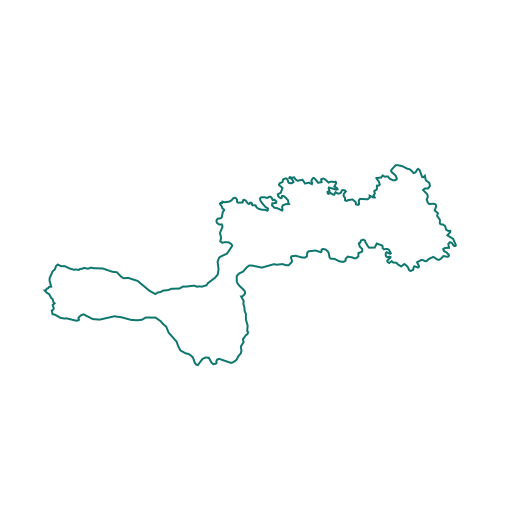 outline of La Llanada, Nariño, Colombia, rotated 125°
{"feature_id": "7082276B57596135767585", "entity_name": "La Llanada", "entity_type": "district", "adm_level": 2, "iso_a3": "COL", "parent_name": "Colombia", "parent_adm1": "Nariño", "projection": "equal_earth", "projection_center": [-77.729, 1.548], "detail": "fine", "context": "isolated", "style": "outline", "palette": "teal", "viewbox_px": 512, "rotation_deg": 125, "n_neighbors": 0, "source": "geoboundaries", "source_scale": "gbopen_adm2", "svg_char_len": 6145}
<svg xmlns="http://www.w3.org/2000/svg" viewBox="0 0 512 512"><g transform="rotate(125 256 256)"><path d="M420.4,389.2L419.4,387.2L418.8,380.6L417.0,376.9L415.8,375.5L412.0,366.0L410.4,364.4L409.5,364.7L408.7,365.9L407.4,365.9L404.8,365.3L402.7,363.8L401.3,353.5L397.8,347.6L386.6,337.4L383.5,331.4L379.9,321.5L376.6,316.2L373.6,312.8L369.7,311.1L364.1,303.0L364.1,296.7L365.0,293.4L365.4,289.0L368.9,283.6L371.8,271.7L374.4,268.2L376.7,263.7L376.1,257.7L374.9,255.2L374.9,251.6L375.4,249.3L378.6,244.9L379.3,242.5L378.7,241.1L371.0,240.8L368.0,239.0L366.4,236.3L368.9,231.3L369.0,228.7L367.3,227.2L366.2,227.0L365.0,228.1L363.2,228.4L361.4,227.2L357.9,215.2L356.2,213.8L352.3,212.4L347.9,213.0L344.6,212.6L341.9,213.6L339.4,216.1L338.0,216.6L333.8,216.7L331.7,218.9L326.7,218.9L324.9,218.2L323.1,218.7L322.3,220.3L317.7,223.0L313.9,227.8L309.3,231.0L307.7,233.6L304.7,236.1L302.5,238.9L299.8,240.4L297.7,244.9L297.1,244.1L294.8,243.5L292.5,243.6L291.0,245.6L289.9,252.6L289.1,255.2L287.9,257.1L283.4,260.3L280.0,259.8L276.1,257.6L270.2,257.0L267.7,256.1L266.1,253.8L262.2,244.6L252.4,236.6L251.4,234.2L247.3,229.5L246.6,226.6L244.9,224.0L240.6,223.2L239.3,223.8L237.0,226.7L235.8,226.7L233.1,223.7L230.7,217.2L229.1,214.9L227.2,214.1L223.8,215.9L222.1,215.7L217.3,210.3L215.8,205.1L214.8,204.9L213.2,205.9L212.0,205.4L210.8,202.9L210.9,200.3L212.1,197.8L214.9,195.1L215.4,193.4L213.3,189.9L212.6,184.7L210.8,181.1L208.6,179.9L207.1,180.9L204.0,180.6L202.1,176.7L201.3,173.7L200.4,172.8L197.8,171.9L194.8,173.8L192.1,171.8L190.7,171.9L189.3,173.2L188.8,176.3L186.7,179.0L185.8,178.9L185.2,178.2L183.1,178.9L181.0,177.5L180.9,175.4L181.8,174.5L183.8,170.1L184.3,168.1L181.0,163.6L176.5,164.2L175.0,158.4L176.9,156.7L177.1,155.0L175.1,152.8L174.7,151.6L174.8,150.4L176.4,147.1L177.4,147.5L177.9,151.1L179.1,151.4L181.1,150.1L181.8,148.7L181.5,147.5L179.9,146.2L179.7,145.2L180.3,144.9L184.4,145.9L185.2,145.2L185.5,143.8L185.2,142.8L182.4,141.9L182.7,139.9L181.0,137.1L181.5,135.0L181.3,131.1L177.5,129.9L177.6,126.8L178.4,124.5L179.7,122.7L179.7,120.8L177.1,119.3L174.6,120.5L173.5,120.4L172.6,116.8L172.1,116.3L170.7,116.8L168.8,120.5L164.8,118.5L163.7,117.2L163.2,114.6L162.4,113.3L159.4,112.8L155.0,110.2L154.9,105.5L154.3,104.0L152.4,103.0L148.6,102.5L146.8,98.7L145.7,98.0L144.5,98.5L143.8,101.9L144.1,105.1L142.9,106.6L140.9,105.7L138.6,102.6L135.8,105.4L133.5,105.1L132.9,103.3L133.9,100.8L134.1,99.2L133.4,98.4L132.4,98.6L128.9,104.4L129.3,111.1L125.2,110.6L124.0,111.2L124.1,111.8L125.2,112.9L125.4,114.5L125.2,115.7L123.3,117.7L122.9,118.8L123.0,120.9L123.9,122.5L124.0,124.0L120.9,126.1L119.2,130.7L116.6,131.6L116.2,135.7L111.9,136.9L110.9,138.1L110.8,139.1L111.3,140.4L114.1,144.0L113.7,146.0L111.8,148.6L109.4,149.0L107.7,150.4L107.1,151.8L106.1,157.0L103.9,156.4L101.8,153.7L98.8,153.7L96.7,156.0L96.6,159.4L96.2,160.8L93.4,163.7L95.6,164.1L96.0,165.3L91.9,171.0L91.6,173.1L92.5,173.5L96.0,173.3L97.7,174.5L96.7,179.2L97.8,182.4L98.5,187.7L100.5,192.4L101.6,193.7L107.9,194.5L108.8,194.2L109.5,192.7L110.0,187.9L111.5,185.4L112.6,184.7L114.2,185.6L115.3,186.9L116.0,190.9L115.2,193.6L117.2,196.1L117.4,198.4L120.0,198.5L123.0,202.1L123.4,201.8L124.6,198.0L126.5,195.6L127.7,195.7L129.0,197.3L132.2,195.2L135.0,196.4L136.7,194.5L138.9,194.5L140.0,192.4L140.8,193.6L141.4,197.5L142.9,196.3L145.6,197.2L149.5,203.5L151.5,203.7L154.4,201.3L155.5,201.6L156.4,203.7L154.7,205.2L154.3,209.4L157.6,212.8L158.8,213.2L159.3,215.0L157.3,216.4L156.8,218.2L156.1,219.1L154.6,219.7L151.6,219.4L151.2,220.6L152.4,223.0L153.7,223.3L155.2,222.7L156.9,223.5L158.0,224.8L158.1,227.4L161.0,227.1L161.6,228.6L161.7,231.6L163.4,232.1L163.6,233.0L162.5,234.2L160.4,233.2L159.0,235.3L158.0,235.5L155.7,228.4L154.6,227.5L153.9,228.7L154.2,231.7L151.0,232.0L149.7,232.7L149.5,233.5L150.6,234.4L152.0,237.2L154.2,238.6L153.6,243.8L154.0,245.5L155.9,246.6L157.9,244.6L160.4,247.2L158.9,252.1L159.0,253.6L160.0,254.1L162.6,253.8L163.9,251.9L165.1,251.5L165.5,254.7L168.5,257.4L166.9,261.6L170.6,265.2L170.6,267.4L169.7,270.0L171.3,271.3L171.9,273.5L172.9,273.5L172.3,270.7L173.9,267.7L174.3,267.7L176.2,268.8L177.2,270.6L176.9,272.0L175.2,274.2L175.1,275.5L175.6,276.4L177.8,277.7L180.3,276.7L182.7,278.3L184.3,278.1L184.7,277.7L185.1,273.3L190.0,272.0L192.9,273.5L194.2,272.2L194.6,270.7L194.4,268.7L193.7,268.3L191.8,269.1L191.2,268.2L191.0,266.1L192.0,261.6L193.7,260.2L194.5,258.8L196.7,261.6L199.2,263.1L200.8,262.8L202.9,260.8L203.8,260.7L204.6,265.8L205.9,268.5L205.4,271.8L203.6,272.9L200.9,270.0L199.6,270.6L199.3,273.2L200.6,274.4L199.1,277.0L199.3,278.3L199.9,279.2L202.1,280.1L202.9,282.6L204.9,285.4L206.7,285.7L208.1,284.1L209.4,280.7L210.4,276.5L210.2,273.5L211.7,272.6L212.4,272.7L212.8,274.7L214.9,278.0L215.9,281.4L215.8,283.5L214.7,285.5L216.4,287.8L216.3,289.0L215.3,289.4L215.2,290.9L216.0,291.5L217.3,291.5L217.6,292.1L217.4,293.8L216.5,296.2L216.8,298.0L217.4,298.5L219.9,297.7L222.7,301.4L222.5,302.6L220.9,303.7L220.2,305.5L220.3,306.6L221.5,307.7L224.5,308.0L226.9,309.2L229.9,312.4L230.8,314.7L232.0,314.2L232.9,315.5L234.0,315.5L234.8,312.8L236.1,311.1L236.4,308.7L236.9,308.3L238.7,308.5L244.1,306.2L245.4,306.6L247.5,308.8L249.4,308.8L250.6,308.0L251.3,306.7L251.3,304.2L249.8,302.1L251.1,300.3L257.8,298.7L261.1,295.0L264.5,293.7L264.5,291.2L262.4,289.3L260.5,286.2L260.4,282.9L261.3,281.3L270.6,281.1L277.3,284.9L278.6,285.2L282.7,284.2L288.3,279.1L293.2,276.7L297.3,277.1L305.7,279.8L308.4,279.8L312.0,282.6L313.5,285.2L314.9,286.5L315.8,289.7L321.4,296.0L322.8,298.2L326.6,300.1L331.3,306.4L334.4,308.5L337.7,312.3L340.4,313.6L342.3,315.6L344.9,316.6L345.6,323.5L344.3,338.6L347.2,348.0L350.2,351.8L350.3,354.8L349.1,360.5L351.4,364.9L354.1,374.3L359.7,382.9L360.0,384.3L362.8,386.4L364.5,390.2L366.3,391.1L367.5,392.7L369.1,393.2L370.3,395.7L371.8,397.5L373.1,401.3L374.0,406.8L376.1,409.7L376.7,413.5L378.8,414.0L382.6,413.1L385.2,413.8L392.6,412.3L394.6,411.0L398.6,406.2L400.0,407.8L401.4,407.7L402.8,408.7L404.7,408.5L405.4,409.3L406.1,406.7L405.9,403.5L407.9,399.6L407.9,398.0L410.2,395.2L410.3,393.8L412.9,394.4L414.7,391.8L415.8,391.3L417.9,392.0L420.4,389.2Z" fill="none" stroke="#0f766e" stroke-width="2"/></g></svg>